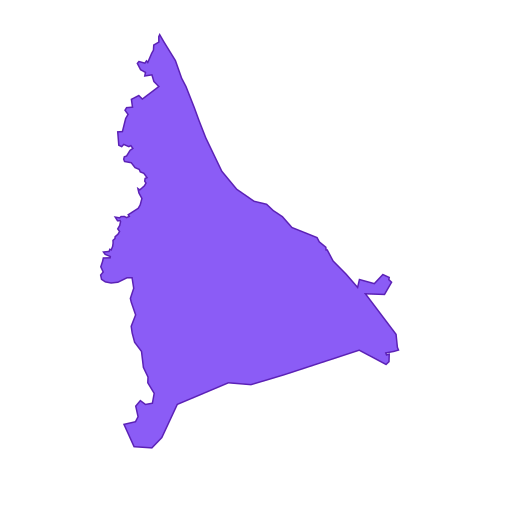 the district of Pachyammos, Nicosia, Cyprus, rotated 188°
{"feature_id": "46923920B29688207074425", "entity_name": "Pachyammos", "entity_type": "district", "adm_level": 2, "iso_a3": "CYP", "parent_name": "Cyprus", "parent_adm1": "Nicosia", "projection": "equal_earth", "projection_center": [32.589, 35.164], "detail": "fine", "context": "isolated", "style": "filled", "palette": "violet", "viewbox_px": 512, "rotation_deg": 188, "n_neighbors": 0, "source": "geoboundaries", "source_scale": "gbopen_adm2", "svg_char_len": 2116}
<svg xmlns="http://www.w3.org/2000/svg" viewBox="0 0 512 512"><g transform="rotate(188 256 256)"><path d="M198.1,282.7L206.1,284.7L224.4,289.2L235.3,298.6L245.3,303.4L252.7,308.7L265.5,309.9L284.4,319.4L301.7,335.2L322.2,366.0L331.2,382.0L337.7,394.2L348.9,414.0L354.4,421.7L363.0,438.3L377.1,455.3L382.2,461.8L382.8,459.7L382.0,454.3L386.6,450.7L386.2,445.5L387.5,442.2L390.1,432.6L391.6,434.0L392.9,431.5L399.0,432.3L400.3,430.2L396.2,424.4L391.0,422.4L391.2,418.8L384.3,420.9L381.4,414.6L375.8,410.3L390.4,395.6L394.4,398.6L401.2,393.8L399.0,386.2L404.8,384.9L406.0,382.1L402.4,378.4L404.2,374.0L405.6,360.6L410.2,359.7L407.3,346.6L404.2,345.6L402.5,348.1L397.1,346.6L395.3,347.9L392.9,345.4L395.4,343.1L398.1,337.0L400.2,335.9L400.5,333.5L399.3,331.3L392.5,331.0L388.1,326.7L383.7,325.5L382.3,323.2L378.6,322.3L374.8,318.4L376.6,317.4L376.6,314.6L375.1,312.9L376.3,309.9L380.3,305.3L382.3,306.3L380.7,302.1L377.0,297.1L377.8,290.4L379.3,286.8L388.3,279.1L387.0,277.6L389.5,276.0L391.8,276.8L395.1,276.3L396.3,274.8L400.8,274.9L398.0,271.6L396.7,271.8L395.5,272.2L394.9,271.2L395.2,267.3L396.7,263.6L394.5,261.3L395.7,258.4L398.2,255.5L398.1,253.6L399.8,251.6L399.3,248.8L399.3,245.6L400.2,241.9L401.7,242.3L402.1,240.1L407.6,238.7L405.6,236.6L400.2,235.2L400.2,233.9L406.9,232.8L407.2,229.1L408.2,223.7L405.1,218.9L407.2,215.5L405.7,211.4L401.6,209.4L395.7,209.1L389.1,210.8L380.7,216.5L375.7,217.2L372.6,207.0L374.5,196.5L373.2,193.1L367.0,180.9L369.8,169.0L367.9,162.5L364.2,153.7L356.1,145.6L352.0,130.0L346.1,121.1L345.5,115.4L337.7,105.8L338.1,95.8L344.8,93.6L350.4,96.7L354.2,90.6L350.4,80.4L352.3,75.1L363.3,70.9L350.2,50.2L332.4,51.5L324.0,63.1L313.3,98.1L265.7,126.6L243.1,127.9L212.1,142.1L140.7,177.1L112.1,166.7L109.6,169.9L110.4,177.3L113.0,176.2L114.0,178.1L106.2,180.7L101.8,182.7L103.3,185.3L106.4,197.9L142.4,233.8L123.4,235.8L118.1,248.9L121.2,251.1L121.1,253.3L122.5,253.7L127.8,255.3L135.0,245.1L150.3,247.1L151.0,239.0L164.3,250.6L176.1,259.6L179.0,261.8L186.3,271.9L187.4,271.7L187.6,272.4L188.1,274.4L195.3,278.8L198.1,282.7Z" fill="#8b5cf6" stroke="#5b21b6" stroke-width="1.5"/></g></svg>